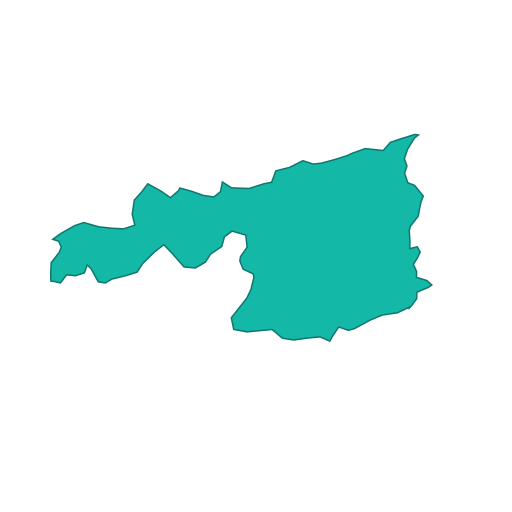 outline of Kantou, Limassol, Cyprus, rotated 246°
{"feature_id": "46923920B71694911523843", "entity_name": "Kantou", "entity_type": "district", "adm_level": 2, "iso_a3": "CYP", "parent_name": "Cyprus", "parent_adm1": "Limassol", "projection": "natural_earth1", "projection_center": [32.905, 34.711], "detail": "fine", "context": "isolated", "style": "filled", "palette": "teal", "viewbox_px": 512, "rotation_deg": 246, "n_neighbors": 0, "source": "geoboundaries", "source_scale": "gbopen_adm2", "svg_char_len": 1717}
<svg xmlns="http://www.w3.org/2000/svg" viewBox="0 0 512 512"><g transform="rotate(246 256 256)"><path d="M146.0,374.7L148.0,379.1L151.6,385.4L157.4,388.2L157.4,395.2L157.2,400.4L158.0,404.8L164.1,402.1L169.5,395.9L171.2,393.9L176.5,396.4L184.4,396.4L188.4,402.4L192.8,407.6L198.8,407.1L200.2,399.5L207.2,402.8L216.8,406.3L220.3,409.0L224.2,416.3L226.5,420.5L232.1,424.2L238.3,428.8L242.7,433.2L256.0,429.6L261.2,424.5L271.2,425.4L276.8,430.5L284.5,431.1L291.8,437.8L294.8,442.1L299.4,448.9L300.5,453.6L302.4,450.7L304.1,436.5L305.2,425.1L300.6,415.1L309.7,399.5L310.7,385.9L310.7,379.2L312.1,367.1L314.2,353.6L316.7,345.7L324.0,337.6L323.3,322.6L325.7,308.8L317.0,300.2L318.8,292.4L320.5,277.1L328.2,261.4L337.3,255.4L337.0,255.2L329.2,249.7L327.1,241.5L332.7,232.6L341.4,223.4L349.1,214.1L347.2,211.8L344.1,201.5L353.9,195.6L366.0,186.5L361.3,178.1L356.6,167.6L344.5,159.9L333.4,157.8L334.7,146.0L339.8,136.0L346.5,124.4L356.6,112.3L357.5,102.5L355.9,86.4L353.9,77.1L349.8,81.7L343.3,81.7L339.3,77.7L333.2,66.1L321.0,60.2L316.5,58.4L314.7,61.4L310.9,66.4L315.8,75.3L311.4,83.1L310.4,92.4L316.5,98.2L311.4,100.2L296.5,101.4L292.7,107.4L293.5,115.2L291.0,129.0L289.6,140.8L295.3,149.6L297.3,155.2L301.2,165.6L303.8,176.4L292.4,180.5L275.3,185.8L269.7,195.8L271.0,207.3L276.2,215.2L278.6,228.6L286.3,234.9L288.5,244.2L279.3,255.2L267.6,251.4L261.8,241.7L258.1,239.2L249.2,238.9L240.9,246.1L237.5,245.5L227.4,237.7L221.3,230.5L209.6,208.3L198.0,205.8L190.3,217.0L187.3,226.1L182.3,240.8L170.1,246.7L163.9,256.4L159.7,270.8L156.0,281.7L148.2,288.8L151.9,293.7L157.5,302.7L150.5,310.2L149.6,316.4L151.0,333.9L150.7,347.5L146.6,362.1L146.9,375.0L146.0,374.7Z" fill="#14b8a6" stroke="#0f766e" stroke-width="1.5"/></g></svg>